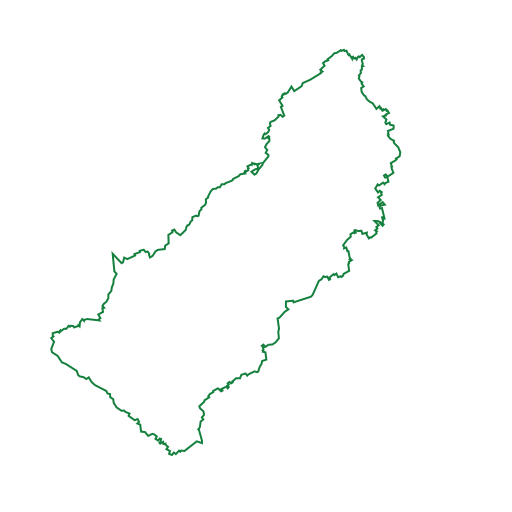 U Thong, Suphan Buri, Thailand (orthographic projection), rotated 47°
{"feature_id": "78962969B35479109951050", "entity_name": "U Thong", "entity_type": "district", "adm_level": 2, "iso_a3": "THA", "parent_name": "Thailand", "parent_adm1": "Suphan Buri", "projection": "orthographic", "projection_center": [99.878, 14.426], "detail": "fine", "context": "isolated", "style": "outline", "palette": "green", "viewbox_px": 512, "rotation_deg": 47, "n_neighbors": 0, "source": "geoboundaries", "source_scale": "gbopen_adm2", "svg_char_len": 6065}
<svg xmlns="http://www.w3.org/2000/svg" viewBox="0 0 512 512"><g transform="rotate(47 256 256)"><path d="M184.2,41.4L181.3,41.2L181.3,44.5L180.1,44.7L179.9,45.5L180.9,48.4L178.9,48.1L178.4,49.7L176.4,49.2L176.0,50.4L176.8,51.1L172.3,50.3L172.3,51.2L171.3,51.1L167.6,49.8L166.4,51.5L165.2,51.1L164.2,53.7L163.3,53.6L162.5,58.4L161.1,60.5L161.5,64.3L160.9,69.5L162.1,69.8L160.8,72.6L160.6,75.4L163.6,76.1L163.6,81.9L166.4,81.6L165.8,83.3L166.5,83.5L166.3,85.1L164.0,96.4L161.4,103.9L162.9,106.8L161.5,115.6L156.3,114.5L158.1,121.3L157.7,123.7L156.7,123.9L156.8,125.4L156.2,125.3L156.0,126.3L157.0,128.5L158.1,128.6L157.9,132.9L164.3,134.2L163.9,136.1L172.6,139.6L172.4,141.5L169.4,141.9L168.3,143.6L169.4,144.3L169.5,149.7L167.9,154.0L168.6,155.5L170.8,156.6L170.5,159.9L172.6,160.2L173.7,162.4L173.4,165.9L172.3,166.1L172.6,167.8L174.4,171.1L176.2,169.5L176.9,165.0L178.0,165.1L178.5,166.6L179.4,166.3L181.1,167.9L181.3,171.6L182.5,175.2L186.1,175.5L187.2,178.6L190.5,178.0L191.6,178.9L192.9,188.4L193.7,188.9L194.6,195.6L195.9,199.3L195.5,201.6L191.3,201.9L192.0,197.6L193.6,194.6L190.7,193.2L190.8,190.5L189.2,193.1L187.5,194.0L187.8,194.5L185.4,195.3L186.5,196.9L185.8,197.1L184.6,201.2L186.8,201.6L186.6,202.3L188.0,203.2L187.5,205.5L186.4,205.6L186.4,206.4L187.5,206.5L187.3,207.8L188.2,207.8L185.5,211.7L185.8,214.1L184.0,220.3L184.6,221.4L184.2,223.0L181.9,228.7L182.1,230.0L180.1,232.2L181.1,235.5L179.6,237.3L179.5,239.3L177.6,241.8L177.8,245.0L179.9,250.7L180.6,251.1L180.3,254.0L182.9,256.1L183.9,258.4L183.4,263.0L184.6,264.0L184.7,266.8L187.4,270.5L186.8,271.9L185.6,272.3L184.2,276.0L186.4,278.3L186.3,280.5L187.3,282.7L187.4,284.6L186.8,285.1L187.3,287.1L189.0,289.6L189.2,297.1L184.4,298.3L181.0,297.7L180.2,300.1L181.5,300.4L181.6,301.4L180.8,305.7L187.2,311.3L186.5,315.4L188.7,318.0L184.5,323.7L184.1,326.5L185.4,331.4L184.8,334.5L182.4,333.6L181.6,332.6L178.9,332.2L177.8,334.0L174.9,333.8L172.9,337.5L174.0,338.3L171.7,343.6L173.2,344.1L170.5,352.2L167.3,353.5L169.9,357.5L169.6,359.2L156.6,359.3L170.7,370.1L174.0,370.1L176.1,376.1L179.1,379.4L180.4,382.5L182.9,385.7L183.4,390.2L186.1,392.7L187.4,396.3L187.2,400.1L187.8,402.3L190.3,402.4L189.4,404.0L192.6,406.0L191.2,411.2L195.3,412.2L195.2,414.4L196.3,414.5L187.0,422.4L185.5,425.4L186.0,425.9L183.7,426.0L184.4,429.9L187.1,433.0L185.4,433.1L185.8,434.1L184.2,437.7L182.7,437.4L180.5,439.3L180.8,440.3L179.3,440.7L179.9,444.5L178.4,445.8L177.8,450.2L177.0,449.9L177.1,451.1L177.8,451.2L178.0,452.1L176.1,452.8L173.8,457.3L175.7,459.0L176.7,459.0L176.4,461.7L181.0,462.2L184.4,469.2L187.3,470.8L193.8,469.2L201.4,470.5L205.2,468.7L217.8,465.5L221.9,467.3L223.8,467.0L227.0,464.8L230.3,464.0L230.7,461.1L236.0,462.2L240.6,461.8L252.7,457.5L255.3,458.4L257.4,456.9L259.9,458.9L263.3,458.1L266.6,460.3L271.7,461.2L277.5,459.9L279.0,457.9L280.8,457.9L285.0,456.0L286.0,458.2L293.4,456.7L294.5,453.8L297.6,454.7L297.6,457.0L300.4,455.7L306.1,459.8L309.1,457.2L314.0,457.6L315.4,453.0L317.2,452.1L320.3,451.6L321.1,454.2L324.2,453.5L323.8,451.0L325.1,450.2L326.5,452.1L326.8,454.0L327.9,454.0L328.6,450.7L330.3,451.9L331.5,450.2L332.0,450.9L335.6,450.5L336.2,453.2L340.0,451.9L341.4,454.5L344.2,453.2L343.7,450.1L346.2,449.7L345.9,445.0L347.5,444.9L347.4,443.3L349.8,441.3L351.2,425.7L356.0,423.1L354.3,421.5L344.1,416.2L343.4,416.4L342.9,413.8L339.3,409.4L339.6,406.0L337.1,405.7L336.8,402.6L335.8,401.6L333.7,400.4L329.3,400.8L327.2,399.9L327.3,393.3L326.4,392.1L327.4,386.6L326.0,386.5L325.5,384.0L326.4,380.1L325.5,379.4L326.8,374.1L331.2,373.8L331.6,372.3L329.7,371.9L331.4,366.7L333.5,366.9L333.3,365.3L331.2,365.3L331.4,363.7L329.8,363.5L330.0,361.3L332.1,361.2L332.4,360.4L332.4,358.9L331.6,358.9L331.9,353.8L334.5,351.1L332.9,347.7L334.8,343.8L337.5,344.0L337.4,342.3L339.4,335.8L341.7,334.4L342.0,333.1L339.6,328.9L338.6,325.4L337.0,323.2L338.8,319.1L332.9,314.8L330.8,316.2L330.4,315.3L329.6,315.5L329.3,314.1L327.7,313.4L327.9,312.8L325.7,313.0L325.8,311.1L328.9,311.0L329.4,307.5L331.9,304.3L332.5,300.7L331.8,295.4L326.6,291.4L324.9,288.8L316.4,282.8L317.1,281.0L316.4,273.0L317.1,268.7L313.7,268.9L309.7,265.1L314.0,259.3L315.5,260.1L323.2,243.7L323.1,241.2L317.1,227.0L317.7,224.0L316.9,220.4L318.6,219.8L319.6,218.0L323.3,218.9L323.4,217.5L321.8,217.2L322.2,211.5L323.5,211.5L323.7,209.2L327.6,210.4L328.6,207.8L329.6,207.8L329.8,205.7L328.8,204.1L330.4,198.0L324.9,194.1L324.9,193.1L323.7,192.2L324.3,188.9L322.4,189.8L322.3,188.7L321.0,188.6L315.5,185.1L314.8,185.9L311.4,184.2L310.5,186.3L309.9,185.4L307.6,185.0L306.4,178.9L306.5,173.6L304.5,172.0L305.3,168.4L306.4,168.5L306.9,167.1L304.4,166.5L304.5,166.0L307.9,163.9L309.4,161.7L312.4,163.1L314.5,159.0L315.7,160.5L320.2,161.4L320.3,159.6L321.1,159.2L321.7,152.4L320.2,151.5L320.3,150.8L318.5,151.3L318.7,148.5L316.9,148.2L317.2,145.3L311.2,145.5L313.5,143.1L316.2,142.0L316.3,142.8L320.2,142.8L320.0,141.1L318.2,141.2L317.2,139.3L315.4,138.3L316.4,136.6L315.6,136.1L314.7,137.9L313.7,137.4L314.7,135.6L309.4,132.6L306.8,131.2L305.9,132.9L303.5,131.7L306.3,126.8L303.0,126.6L302.2,132.1L300.0,130.8L300.1,126.6L296.3,126.7L297.1,122.3L295.0,121.4L295.0,120.5L292.7,121.0L292.8,123.4L288.0,122.8L286.6,118.2L288.3,117.9L289.0,113.0L291.2,113.0L290.8,111.8L292.0,108.5L288.0,106.2L286.6,108.1L284.4,107.5L284.8,105.5L287.7,105.6L288.9,98.8L284.6,97.1L283.1,96.1L283.4,95.6L280.0,94.1L281.2,88.8L281.1,87.1L280.2,87.1L281.0,82.9L278.5,79.7L273.4,77.8L268.0,78.0L266.6,77.6L266.0,76.5L261.7,77.8L258.0,77.5L257.9,76.3L256.6,76.3L256.0,74.9L254.5,74.2L256.7,68.7L255.2,66.9L254.3,66.4L251.6,68.4L249.5,67.3L248.4,70.8L246.6,70.4L245.1,67.5L240.5,67.9L241.9,65.2L241.0,64.7L242.1,61.2L239.1,60.6L238.9,61.4L237.0,60.9L236.3,63.5L235.6,63.2L235.7,64.4L232.9,63.7L232.9,64.5L230.6,63.6L230.5,67.6L223.9,66.5L220.4,67.7L216.9,68.0L213.8,67.0L212.2,67.5L208.0,66.8L204.9,64.5L205.4,61.6L202.1,61.3L201.5,59.8L200.5,60.3L196.3,59.8L195.2,57.9L194.2,57.7L193.7,54.5L191.6,52.9L191.9,51.5L189.6,49.3L190.2,48.1L188.8,48.2L188.3,46.9L184.8,45.0L184.4,43.8L185.3,42.6L184.2,41.4Z" fill="none" stroke="#15803d" stroke-width="2"/></g></svg>